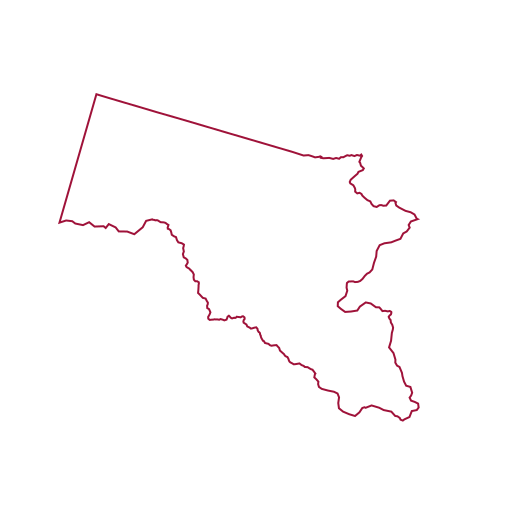 Trinity, California, United States of America (orthographic projection), rotated 106°
{"feature_id": "52423323B42866910888908", "entity_name": "Trinity", "entity_type": "district", "adm_level": 2, "iso_a3": "USA", "parent_name": "United States of America", "parent_adm1": "California", "projection": "orthographic", "projection_center": [-122.97, 40.671], "detail": "fine", "context": "isolated", "style": "outline", "palette": "rose", "viewbox_px": 512, "rotation_deg": 106, "n_neighbors": 0, "source": "geoboundaries", "source_scale": "gbopen_adm2", "svg_char_len": 4589}
<svg xmlns="http://www.w3.org/2000/svg" viewBox="0 0 512 512"><g transform="rotate(106 256 256)"><path d="M249.4,365.9L249.6,365.6L249.5,364.6L249.3,363.3L249.5,362.7L249.4,362.3L249.3,362.0L249.0,361.6L248.8,360.4L249.8,357.0L249.1,353.9L249.1,352.1L249.8,350.5L250.3,348.7L252.1,348.7L252.9,348.8L254.1,348.3L254.0,347.5L254.8,345.2L256.6,344.0L258.8,342.8L259.7,340.1L259.9,338.1L262.5,336.4L264.3,334.4L264.2,330.9L264.9,328.4L266.7,328.2L268.5,328.2L271.6,326.6L274.3,326.8L277.2,325.1L277.7,322.8L278.7,320.9L281.2,319.8L283.6,320.4L284.5,320.8L285.3,320.2L285.8,319.6L286.6,316.5L287.7,315.0L287.7,314.4L288.0,313.9L288.4,313.7L288.9,312.5L290.9,310.7L293.6,310.2L295.9,309.2L297.0,307.4L296.5,305.7L297.0,303.8L298.3,303.3L299.8,303.2L301.2,302.8L304.3,302.1L307.5,301.5L308.6,299.4L310.9,295.6L310.8,292.7L312.7,291.0L314.1,289.4L315.6,289.1L317.3,289.3L319.5,288.5L320.0,286.5L322.7,284.3L324.9,284.5L327.8,285.2L329.4,284.6L330.2,282.9L329.6,281.5L328.8,279.3L328.3,278.5L328.1,277.3L327.6,275.6L327.4,273.8L326.4,272.7L326.4,270.3L326.6,268.7L325.3,266.8L323.4,266.6L322.2,266.6L320.9,265.6L321.4,264.6L322.3,263.3L322.6,261.8L322.1,261.1L321.3,259.9L321.4,259.4L321.1,258.6L320.7,258.3L319.7,257.8L319.6,256.9L319.5,256.2L319.4,255.7L319.3,255.1L319.2,253.9L317.9,252.7L317.5,251.9L318.1,250.3L318.8,249.8L319.8,249.6L320.7,250.1L322.4,250.1L323.5,249.5L323.9,248.2L324.5,246.3L326.1,245.0L326.6,242.3L327.2,240.9L326.6,239.7L325.4,237.9L324.5,236.1L325.7,234.4L327.0,233.9L328.4,232.4L328.4,231.8L329.1,230.9L330.4,230.4L331.2,229.5L332.2,229.1L333.5,228.1L335.6,225.9L335.5,225.3L336.0,224.5L337.1,223.5L337.1,221.9L337.0,219.8L337.9,218.0L338.0,216.4L336.9,214.1L336.0,211.7L336.8,210.5L338.0,208.4L340.3,206.9L341.7,204.0L342.7,201.9L343.8,200.8L344.4,199.0L344.4,198.0L345.8,196.6L347.6,195.4L348.4,194.5L348.8,193.6L349.1,192.1L349.7,189.8L349.0,188.1L347.3,184.6L348.3,182.1L348.5,179.8L349.2,178.7L348.9,176.8L348.6,175.8L349.3,173.5L349.7,171.6L349.7,170.3L350.1,169.9L351.0,168.6L352.2,167.1L352.7,166.5L353.3,166.8L356.6,166.5L357.9,164.0L359.6,161.4L362.0,161.0L364.5,159.4L365.6,156.2L365.5,149.8L365.0,143.7L365.7,139.7L369.0,137.2L374.7,136.4L379.5,134.3L381.6,129.4L382.4,122.8L382.5,116.7L377.8,113.5L372.8,111.9L371.5,110.0L371.7,108.8L367.8,103.7L367.9,95.8L368.9,90.8L368.3,83.0L371.4,78.1L371.1,75.8L372.1,73.1L373.5,71.9L373.7,69.5L372.1,68.3L368.5,64.1L362.1,63.5L359.8,59.0L356.8,57.9L353.2,59.5L352.5,63.2L352.3,67.1L349.8,69.3L347.3,68.4L344.4,68.2L339.3,71.5L339.3,75.9L335.9,79.1L331.1,82.1L328.1,83.5L323.1,87.5L322.5,90.2L320.1,92.7L317.2,93.4L311.4,97.1L307.2,102.9L300.3,102.8L292.5,104.2L289.1,104.2L287.0,104.5L284.5,106.1L282.8,108.0L280.4,109.0L279.4,110.5L277.9,111.7L276.4,111.2L275.0,110.2L273.3,110.2L272.4,110.6L272.0,112.3L272.9,114.0L273.1,116.8L274.1,119.3L272.4,121.7L271.4,123.3L272.2,126.6L270.0,132.6L270.4,137.7L276.0,142.2L280.5,143.6L283.2,149.4L285.2,154.9L283.4,159.9L281.7,163.6L277.9,164.5L274.8,162.5L269.9,158.9L264.2,158.7L261.5,160.2L257.8,161.0L256.8,161.1L255.0,159.9L254.3,157.8L253.6,155.4L253.8,153.7L252.8,151.0L251.3,149.0L248.7,147.3L245.1,145.9L242.4,144.4L240.5,142.3L236.9,140.5L230.0,140.7L223.5,140.3L217.9,141.4L211.5,140.1L208.4,136.1L205.6,129.8L202.6,125.9L199.7,121.9L193.7,120.7L190.9,117.9L186.4,116.1L184.1,117.8L180.1,116.6L177.3,112.6L176.0,110.8L175.8,111.8L172.4,115.1L171.3,119.4L171.4,124.7L170.0,131.7L168.8,135.1L166.5,136.6L165.6,136.3L164.6,139.0L165.9,142.5L171.6,144.7L172.6,147.5L172.5,149.4L172.8,150.4L173.2,151.4L175.6,153.5L175.7,156.7L174.1,159.3L172.0,161.2L171.6,164.3L170.0,167.9L168.6,170.5L167.3,171.7L166.7,173.9L167.9,175.9L166.8,178.4L164.5,179.0L163.3,179.8L161.2,181.9L160.2,185.4L159.0,186.3L156.6,186.0L151.7,182.9L149.0,181.1L146.9,180.7L144.0,177.0L142.1,176.5L141.1,178.3L140.3,180.0L137.7,181.6L137.0,182.6L132.3,182.1L130.6,181.6L129.5,182.8L130.9,183.7L131.1,186.8L132.8,188.9L132.7,192.1L133.8,193.5L134.0,196.1L134.7,196.9L137.0,199.3L137.6,201.6L139.6,202.9L139.7,206.0L141.4,208.6L141.5,212.6L142.8,216.2L143.5,218.3L143.7,220.6L142.7,220.5L142.5,221.8L143.2,222.5L144.9,226.4L144.7,228.9L144.6,231.4L144.6,233.4L145.6,236.1L146.3,237.9L145.9,249.4L145.8,265.9L145.7,278.7L145.6,294.6L145.5,317.0L145.3,340.5L145.1,370.4L145.1,391.2L144.9,409.3L144.8,425.7L144.7,437.7L144.6,446.9L144.5,454.0L278.1,454.1L274.2,448.3L273.2,442.2L274.6,438.7L274.0,430.8L269.5,425.7L272.2,419.3L269.4,410.7L270.5,408.2L265.9,406.3L267.2,398.8L270.2,394.7L268.0,386.6L268.6,379.0L259.6,372.8L252.5,371.3L249.4,365.9Z" fill="none" stroke="#9f1239" stroke-width="2"/></g></svg>